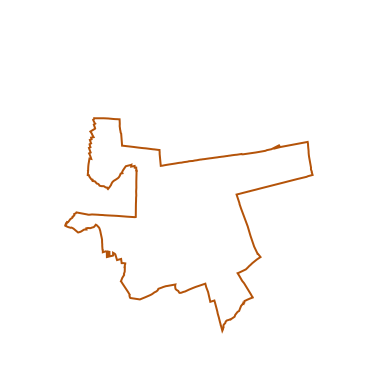 Nopaltepec, México, Mexico (orthographic projection), rotated 226°
{"feature_id": "50627088B29090320991668", "entity_name": "Nopaltepec", "entity_type": "district", "adm_level": 2, "iso_a3": "MEX", "parent_name": "Mexico", "parent_adm1": "México", "projection": "orthographic", "projection_center": [-98.709, 19.801], "detail": "fine", "context": "isolated", "style": "outline", "palette": "amber", "viewbox_px": 384, "rotation_deg": 226, "n_neighbors": 0, "source": "geoboundaries", "source_scale": "gbopen_adm2", "svg_char_len": 5877}
<svg xmlns="http://www.w3.org/2000/svg" viewBox="0 0 384 384"><g transform="rotate(226 192 192)"><path d="M277.6,129.9L276.6,128.8L275.9,129.5L275.6,129.4L275.2,129.2L274.8,129.1L274.2,128.8L273.8,128.8L273.4,128.8L272.9,128.7L272.5,128.5L271.8,128.5L271.1,128.4L270.6,128.5L270.4,128.8L270.0,129.1L269.9,129.1L269.7,128.9L269.6,128.6L269.6,128.3L269.3,128.2L269.0,128.1L268.5,128.5L268.2,128.7L267.9,129.0L267.6,129.2L267.2,129.4L266.7,129.6L266.2,129.5L265.6,129.5L265.1,129.4L264.6,129.4L264.2,129.4L263.5,129.9L262.9,130.1L262.4,130.2L261.8,130.1L261.3,130.0L260.9,129.9L260.4,130.1L260.1,130.3L259.7,130.6L259.3,130.8L258.6,131.4L258.0,132.1L257.7,132.3L257.2,132.7L256.2,132.9L255.5,133.0L255.1,133.2L254.7,133.5L254.4,133.8L254.2,134.0L253.7,134.1L253.4,134.0L253.0,133.6L252.5,133.6L252.6,134.3L252.8,136.2L253.3,138.6L254.0,140.1L254.4,141.7L254.4,143.0L254.3,143.9L253.9,145.5L253.7,146.7L253.4,148.4L253.4,149.5L253.7,150.9L254.7,153.3L254.8,153.5L253.8,155.0L254.8,155.4L255.5,157.3L256.2,160.6L256.5,162.3L255.5,164.1L253.8,167.0L253.7,167.3L252.5,165.9L250.6,168.8L249.3,167.7L248.3,168.8L246.4,167.1L246.3,166.9L245.9,167.2L245.3,166.8L245.1,166.1L244.5,165.6L238.2,159.2L233.7,154.9L231.3,152.3L228.1,149.4L226.5,147.6L225.3,146.4L224.1,145.2L222.9,143.9L221.7,142.7L213.1,134.2L213.5,133.5L219.1,128.4L226.9,121.5L229.9,118.7L231.9,116.8L236.0,113.0L237.1,112.1L240.3,109.1L240.6,108.9L245.4,104.4L246.3,103.2L247.2,102.1L248.0,101.4L248.4,101.2L255.3,96.3L257.6,94.7L257.5,94.3L257.4,93.6L258.0,91.9L256.9,91.0L257.2,88.9L256.7,88.6L256.6,87.9L256.8,86.7L257.0,85.8L256.9,85.0L256.7,84.0L256.4,81.9L257.2,81.3L256.7,80.7L256.5,80.4L256.4,80.1L257.0,79.6L256.6,78.9L256.2,77.9L255.7,78.1L255.5,77.5L254.6,77.8L252.7,78.6L251.2,79.5L250.6,79.8L250.1,80.6L248.1,81.3L242.1,81.9L241.9,82.1L240.8,84.2L240.5,85.4L240.2,87.0L239.9,88.3L239.8,88.5L238.3,90.0L239.3,90.7L238.7,91.7L238.2,92.3L237.1,93.3L236.5,93.9L235.9,95.3L235.0,96.9L235.0,98.1L235.3,100.1L234.3,100.4L233.4,100.4L231.1,100.4L230.3,100.2L229.0,99.6L227.8,99.0L225.3,97.4L221.9,95.3L220.1,94.1L218.3,92.4L216.6,91.0L215.7,90.1L212.6,87.5L212.3,87.6L210.6,86.0L209.2,88.8L208.3,89.3L204.3,85.6L203.6,86.8L207.4,90.3L206.3,91.0L206.2,90.9L203.0,87.9L201.2,90.8L201.1,91.2L203.1,93.0L201.4,93.5L200.4,93.5L195.1,90.8L193.1,94.5L189.7,92.0L188.3,93.4L187.4,94.1L187.0,94.4L186.3,93.5L185.8,92.6L184.8,91.3L184.6,91.5L183.1,90.0L181.4,88.2L180.3,86.0L179.5,85.6L178.7,82.3L177.1,78.8L176.8,78.9L175.0,78.5L164.2,76.5L162.6,76.1L161.3,75.8L161.0,75.1L159.7,74.3L158.6,74.0L150.9,79.9L148.7,85.4L146.9,90.2L146.4,91.8L146.2,92.8L145.9,95.2L145.2,97.4L145.2,97.8L145.1,99.0L145.3,99.4L145.7,100.6L144.2,103.9L143.7,105.2L142.4,107.8L141.6,108.9L137.0,115.8L136.5,115.0L136.1,114.6L135.3,113.9L133.9,112.9L133.2,112.8L132.0,112.9L130.4,113.4L129.4,113.1L128.3,112.9L127.8,113.2L126.9,114.5L126.2,116.2L125.2,118.0L124.6,119.8L123.9,121.9L122.2,126.2L121.2,128.6L120.5,130.1L119.9,131.3L116.8,137.9L113.6,136.1L108.9,134.1L100.3,128.9L98.4,132.7L96.1,131.5L91.8,129.1L89.5,127.8L88.1,127.0L86.8,126.1L83.2,124.2L78.9,121.7L77.4,120.9L76.0,120.0L75.6,119.9L74.1,119.1L71.1,117.4L71.3,117.9L71.5,118.1L71.6,118.7L72.2,119.5L72.8,120.8L73.7,121.4L74.4,122.3L74.6,123.7L74.6,124.8L75.4,126.3L75.4,127.8L74.4,129.7L74.0,130.7L73.6,131.7L73.4,131.6L73.3,132.6L72.7,136.0L73.6,137.8L74.1,141.5L73.7,143.3L73.8,143.5L74.8,145.6L76.0,148.3L76.1,150.0L76.3,150.8L75.7,151.2L76.7,152.2L76.1,152.7L77.1,154.1L76.6,155.4L76.1,157.0L75.5,158.5L75.3,159.2L73.9,162.4L74.4,162.6L75.5,162.7L76.5,163.0L77.1,163.2L90.2,166.1L93.7,166.4L93.8,166.5L97.4,167.4L99.0,167.8L101.9,168.4L101.3,169.8L98.9,177.0L98.9,179.6L99.0,181.7L98.9,183.3L98.9,183.5L98.9,183.8L98.9,186.0L98.4,191.7L98.1,193.4L97.6,196.1L101.7,196.5L101.9,196.2L102.1,196.3L109.6,198.8L120.0,203.7L128.6,208.2L145.8,215.7L150.3,217.8L151.1,218.4L159.2,222.3L151.7,235.5L149.5,239.3L147.6,242.7L134.4,265.8L133.1,268.1L128.2,276.7L123.3,285.0L123.0,285.9L122.7,286.6L120.5,290.6L123.1,291.9L123.1,292.1L124.0,292.6L124.8,292.9L125.5,293.2L126.2,293.8L126.8,294.5L136.2,300.8L137.8,302.0L139.4,303.3L140.1,304.0L141.7,305.3L143.0,306.3L145.2,308.1L145.8,308.7L147.7,310.0L148.0,309.5L163.1,286.6L163.5,285.9L165.2,282.9L165.3,283.9L164.3,286.8L165.1,287.0L167.6,278.9L170.1,274.9L170.6,273.5L172.4,270.8L176.2,265.2L183.8,254.7L184.8,253.9L185.0,253.7L185.1,253.8L187.2,250.8L187.7,250.1L188.2,249.5L189.0,248.5L191.0,245.8L191.3,245.3L192.8,243.3L193.3,242.5L194.1,241.5L194.7,240.6L196.0,238.8L196.5,238.2L197.3,237.1L198.3,235.8L199.4,234.2L200.0,233.4L200.6,232.6L201.7,231.1L203.0,229.3L204.0,228.0L204.8,226.9L205.6,225.8L206.8,224.1L208.5,221.9L208.8,221.4L209.4,220.7L210.3,219.4L211.0,218.3L211.5,217.5L211.9,217.0L212.9,215.6L213.8,214.1L215.0,212.7L216.2,211.2L216.9,209.9L217.7,208.8L218.9,207.2L219.7,206.0L220.3,205.0L221.3,203.8L222.2,202.6L224.0,199.9L227.9,194.4L228.6,193.4L230.5,190.6L231.5,189.0L232.5,187.7L241.9,195.2L242.8,196.1L244.8,197.8L245.0,197.6L246.2,196.6L249.2,194.2L249.6,193.8L255.6,189.0L255.7,188.9L258.0,186.9L260.8,184.6L263.8,182.2L265.2,181.1L266.4,180.1L268.0,178.8L269.8,177.3L273.7,174.1L273.9,173.9L276.9,176.4L283.2,181.6L284.2,181.9L285.6,182.9L286.9,183.7L288.5,184.9L289.6,185.7L291.1,187.3L293.0,189.0L294.6,190.4L298.4,186.8L303.2,182.7L306.8,179.3L311.2,174.7L312.9,173.0L312.6,172.8L312.6,171.0L308.9,169.8L308.4,169.8L308.7,168.2L305.0,166.5L304.9,166.2L306.1,160.9L304.3,160.6L303.5,160.5L303.0,160.2L301.3,159.7L299.8,159.3L301.2,157.2L299.7,156.4L300.4,154.7L297.4,153.3L297.1,153.2L297.5,151.5L296.2,150.7L294.8,150.1L295.3,148.5L292.4,147.2L290.8,146.5L291.3,144.8L290.0,144.4L287.6,143.4L285.8,142.5L287.3,141.5L286.2,140.0L285.2,138.7L284.2,137.3L283.4,136.3L282.2,134.9L280.5,133.1L279.8,132.5L279.7,132.0L279.1,131.6L278.4,130.9L277.6,129.9Z" fill="none" stroke="#b45309" stroke-width="2"/></g></svg>